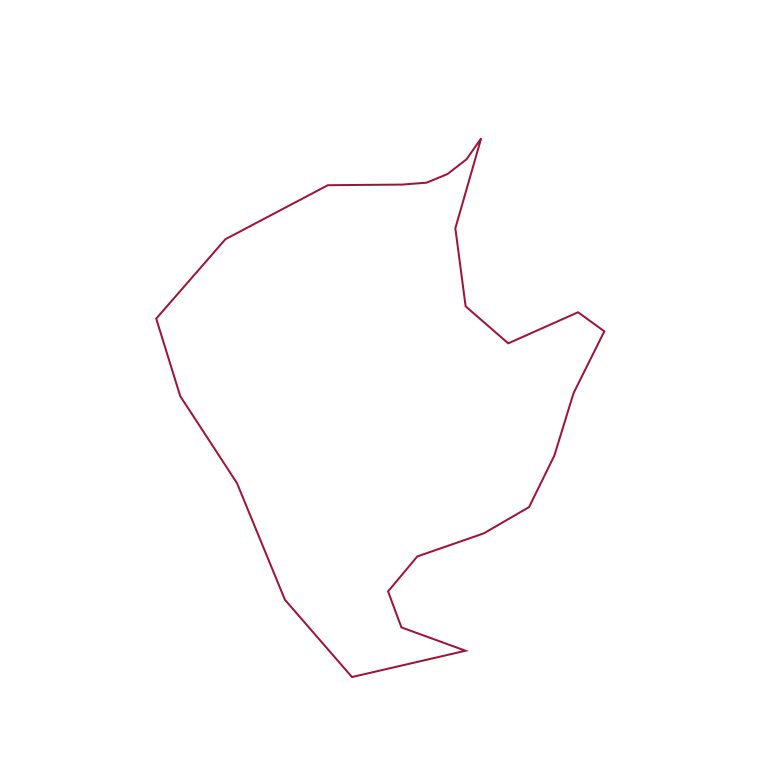 Norfolk Island, Robinson projection, rotated 216°
{"feature_id": "NFK", "entity_name": "Norfolk Island", "entity_type": "country or territory", "adm_level": 0, "iso_a3": "NFK", "parent_name": "Oceania", "parent_adm1": "", "projection": "robinson", "projection_center": [167.943, -29.055], "detail": "fine", "context": "isolated", "style": "outline", "palette": "rose", "viewbox_px": 768, "rotation_deg": 216, "n_neighbors": 0, "source": "natural_earth", "source_scale": "50m", "svg_char_len": 478}
<svg xmlns="http://www.w3.org/2000/svg" viewBox="0 0 768 768"><g transform="rotate(216 384 384)"><path d="M337.3,151.2L444.7,217.4L541.7,254.4L606.7,303.0L597.4,408.0L546.3,511.8L486.4,556.1L467.9,571.9L456.0,591.3L449.3,614.4L449.8,639.9L417.8,551.9L363.6,494.8L307.4,489.9L269.2,556.1L236.7,556.1L225.3,488.1L204.1,426.2L194.3,369.7L215.5,321.8L255.7,264.1L258.8,218.6L226.8,197.3L161.3,216.1L237.7,128.1L337.3,151.2Z" fill="none" stroke="#9f1239" stroke-width="2"/></g></svg>